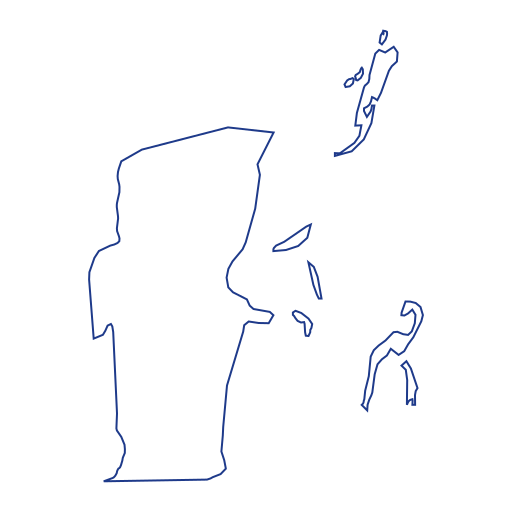 the District of Belize
{"feature_id": "BLZ-1323", "entity_name": "Belize", "entity_type": "District", "adm_level": 1, "iso_a3": "BLZ", "parent_name": "Belize", "parent_adm1": "", "projection": "albers", "projection_center": [-88.107, 17.657], "detail": "fine", "context": "isolated", "style": "outline", "palette": "blue", "viewbox_px": 512, "rotation_deg": 0, "n_neighbors": 0, "source": "natural_earth", "source_scale": "10m", "svg_char_len": 3291}
<svg xmlns="http://www.w3.org/2000/svg" viewBox="0 0 512 512"><path d="M273.6,132.5L257.5,164.3L259.9,174.8L255.2,208.7L245.7,242.4L242.6,249.3L232.5,261.4L228.4,268.8L226.6,277.6L228.3,287.4L233.0,292.3L246.9,299.4L249.7,305.6L253.5,309.0L269.8,311.9L273.4,315.2L268.7,323.2L258.7,323.0L248.7,321.5L244.2,325.2L243.2,331.6L227.0,385.5L223.2,427.0L222.8,435.5L221.4,451.5L224.2,460.1L225.7,467.9L225.8,468.7L220.6,474.1L212.7,477.2L210.6,478.4L207.0,479.6L103.7,481.3L112.4,478.1L113.6,477.5L114.5,476.6L115.3,475.7L116.7,473.2L117.1,471.2L117.7,469.8L118.4,468.6L119.3,468.1L120.1,467.2L121.0,465.1L122.3,460.7L122.8,457.8L124.8,453.0L124.9,449.2L124.5,444.7L121.3,436.9L116.9,430.5L116.4,428.4L117.0,413.6L117.0,413.4L113.2,332.0L112.3,326.4L110.9,324.0L107.6,325.6L105.3,330.8L102.9,334.8L93.7,338.6L89.1,279.5L89.4,272.2L94.4,257.9L98.9,251.0L110.3,245.6L114.3,244.5L117.5,243.0L119.3,241.2L119.5,238.5L119.0,236.4L117.1,231.1L116.9,228.2L118.1,218.5L118.0,216.2L116.8,207.1L116.8,204.8L117.0,203.0L119.4,192.2L119.5,186.9L119.2,184.5L117.8,179.0L117.6,176.0L118.0,171.9L118.9,168.4L121.3,161.3L141.9,149.6L228.0,127.4L273.6,132.5ZM372.0,105.5L374.4,105.5L371.4,123.1L363.8,139.4L351.7,151.3L334.9,155.9L334.9,153.1L338.9,153.3L340.2,153.1L354.4,142.9L359.4,135.8L361.4,125.3L355.3,125.6L356.9,112.9L364.0,87.4L364.9,85.6L366.7,84.1L368.5,82.2L369.3,79.0L369.5,75.0L375.3,53.6L379.1,49.9L385.2,52.5L393.7,46.8L397.6,52.4L396.9,61.5L391.8,66.2L388.9,70.8L381.0,92.8L377.3,100.2L374.6,98.3L372.0,97.1L371.0,101.4L369.6,104.5L367.3,106.6L364.0,108.3L364.0,111.0L366.9,116.9L370.6,111.5L371.4,109.1L372.0,105.5ZM405.5,301.5L410.2,301.6L415.7,303.0L420.5,307.0L422.9,315.1L421.3,321.3L413.3,337.3L408.2,344.2L404.2,351.2L398.6,354.9L390.8,348.8L386.9,355.5L381.9,359.3L377.5,364.3L374.7,374.2L372.3,392.5L371.3,395.4L369.3,399.6L367.6,404.7L367.2,410.4L361.7,404.9L363.1,403.5L363.6,402.1L363.8,400.7L364.3,399.3L365.2,390.6L368.8,376.2L370.7,356.6L373.8,350.2L378.7,345.5L385.5,340.5L393.5,332.2L397.4,331.8L403.2,334.2L408.1,334.9L411.8,331.4L414.8,323.3L415.5,314.8L412.3,309.6L408.0,313.5L404.4,315.5L401.4,315.2L401.6,312.6L405.5,301.5ZM276.1,245.6L284.2,241.8L306.3,226.6L310.8,224.5L307.3,237.8L298.2,246.0L286.0,250.0L273.4,251.1L273.4,249.2L273.9,248.0L276.1,245.6ZM401.5,365.6L406.4,361.2L410.9,368.5L417.5,388.1L415.7,391.1L415.0,395.1L415.1,404.8L412.4,404.8L412.6,400.6L412.4,399.2L410.2,399.9L408.7,401.1L407.8,402.7L406.9,404.8L407.2,380.1L405.8,369.8L401.5,365.6ZM301.3,313.0L308.5,318.6L312.2,324.0L311.4,328.0L310.3,329.9L310.2,332.3L308.5,336.0L305.8,335.7L305.1,332.3L304.6,323.9L304.1,322.1L301.0,322.5L297.6,320.9L295.4,318.1L294.1,316.0L292.9,314.9L292.9,312.5L295.5,310.8L301.3,313.0ZM308.4,262.3L313.8,266.9L317.6,276.8L321.5,298.5L318.8,298.5L316.9,294.6L313.4,284.9L308.4,262.3ZM385.5,31.1L386.9,31.8L387.1,33.5L386.9,35.5L385.5,39.6L381.9,44.4L379.6,42.5L380.7,35.5L382.2,33.1L383.4,34.0L383.6,33.2L383.0,31.4L383.2,30.7L384.5,31.0L385.5,31.1ZM350.4,79.0L352.6,78.1L353.8,79.2L352.9,83.5L349.8,86.3L345.6,87.0L344.5,84.4L347.2,80.4L349.2,79.1L350.4,79.0ZM361.8,67.7L362.8,69.3L363.0,73.7L360.8,77.9L357.6,80.4L356.2,80.1L355.7,78.0L355.1,76.4L355.7,75.0L357.7,73.8L359.8,72.1L360.5,69.8L361.2,68.3L361.8,67.7Z" fill="none" stroke="#1e3a8a" stroke-width="2"/></svg>